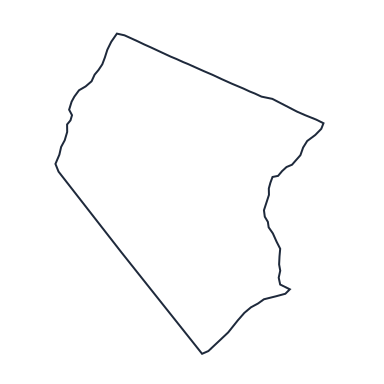 Carrasco Bonito, Tocantins, Brazil, rotated 177°
{"feature_id": "56859067B48669193450299", "entity_name": "Carrasco Bonito", "entity_type": "district", "adm_level": 2, "iso_a3": "BRA", "parent_name": "Brazil", "parent_adm1": "Tocantins", "projection": "albers", "projection_center": [-48.022, -5.331], "detail": "fine", "context": "isolated", "style": "outline", "palette": "slate", "viewbox_px": 384, "rotation_deg": 177, "n_neighbors": 0, "source": "geoboundaries", "source_scale": "gbopen_adm2", "svg_char_len": 1185}
<svg xmlns="http://www.w3.org/2000/svg" viewBox="0 0 384 384"><g transform="rotate(177 192 192)"><path d="M258.7,354.1L264.8,346.2L269.1,338.5L272.0,330.8L274.9,324.2L279.0,318.7L283.1,314.3L286.5,307.8L292.7,303.0L299.5,299.5L304.5,293.4L307.5,288.5L310.4,280.6L307.8,275.0L309.6,269.9L313.2,266.0L313.5,258.5L316.4,250.3L320.3,243.9L322.5,236.2L326.9,227.2L324.2,219.3L265.7,135.5L190.4,29.9L184.0,32.3L163.2,49.9L152.9,61.5L146.0,68.6L139.1,73.8L131.9,77.2L125.8,81.1L113.4,83.5L104.1,85.5L99.4,89.7L108.8,95.0L109.9,101.9L108.0,108.8L108.8,115.1L108.0,123.0L106.9,130.7L110.2,138.1L113.4,146.4L117.3,152.7L117.8,158.2L120.6,163.5L121.1,170.0L118.1,177.8L115.3,185.1L115.1,191.5L113.2,197.2L110.8,202.8L105.2,203.6L100.9,208.2L96.3,212.0L90.7,214.0L86.7,218.1L81.8,223.1L78.7,230.6L74.3,236.9L65.9,242.5L59.6,248.3L57.1,253.8L64.2,257.8L74.8,262.7L82.8,266.7L106.9,280.8L117.6,283.6L124.2,287.1L129.0,289.3L135.4,292.7L146.6,298.1L156.9,303.4L165.5,308.0L173.9,312.1L181.5,316.0L189.5,320.1L194.2,322.3L200.5,325.6L206.2,328.3L214.5,332.7L220.7,336.0L225.4,338.5L231.9,341.8L238.3,345.3L245.4,349.0L251.2,352.0L258.7,354.1Z" fill="none" stroke="#1e293b" stroke-width="2"/></g></svg>